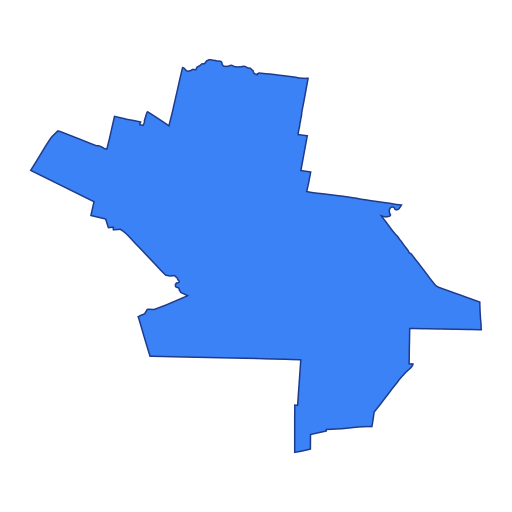 Slobozia Ciorasti, Vrancea, Romania
{"feature_id": "2599482B76113963406220", "entity_name": "Slobozia Ciorasti", "entity_type": "district", "adm_level": 2, "iso_a3": "ROU", "parent_name": "Romania", "parent_adm1": "Vrancea", "projection": "robinson", "projection_center": [27.208, 45.598], "detail": "fine", "context": "isolated", "style": "filled", "palette": "blue", "viewbox_px": 512, "rotation_deg": 0, "n_neighbors": 0, "source": "geoboundaries", "source_scale": "gbopen_adm2", "svg_char_len": 5897}
<svg xmlns="http://www.w3.org/2000/svg" viewBox="0 0 512 512"><path d="M371.9,426.6L373.0,420.1L373.5,416.5L374.1,412.3L374.6,411.5L376.0,409.7L379.4,405.5L380.9,403.6L383.5,400.1L385.1,398.0L388.6,393.5L392.0,388.9L396.2,383.7L397.2,382.5L397.8,381.6L398.6,380.5L399.3,379.5L400.3,378.4L402.1,376.3L403.5,374.9L404.2,374.0L406.0,372.1L408.2,370.1L410.4,368.2L410.7,367.9L411.4,367.1L412.6,365.3L412.7,364.7L413.0,364.1L412.1,363.9L409.2,363.9L409.1,363.0L409.2,359.2L409.3,350.4L409.5,340.7L409.7,328.5L414.3,328.5L422.2,328.7L423.9,328.7L426.3,328.7L434.3,328.9L438.4,329.0L439.0,329.0L442.1,329.0L444.8,329.1L446.8,329.1L452.0,329.2L452.6,329.3L453.4,329.3L454.6,329.2L458.2,329.3L462.8,329.4L465.0,329.4L467.7,329.5L471.7,329.5L474.4,329.6L478.1,329.7L481.3,329.7L481.3,329.4L481.1,328.0L481.1,325.4L480.9,322.9L480.5,318.6L480.2,313.6L480.0,309.9L479.8,303.7L479.8,302.1L470.4,298.7L466.7,297.4L461.9,295.6L458.6,294.4L455.6,293.4L450.4,291.5L445.3,289.7L442.0,288.5L440.1,287.8L438.7,287.3L437.0,286.4L436.4,286.0L434.9,284.7L433.4,282.8L429.4,277.7L426.9,274.3L423.8,270.2L420.8,266.3L417.7,262.2L416.2,260.4L411.7,254.5L410.7,253.5L409.1,252.7L408.2,250.7L406.8,248.8L404.5,245.9L402.3,242.9L401.5,241.6L399.8,239.7L399.2,238.8L397.5,236.3L396.7,235.6L395.7,234.6L392.4,230.6L389.9,227.3L386.7,222.9L383.9,219.3L381.3,215.9L383.7,216.6L386.1,216.9L387.0,216.8L387.7,216.6L389.0,216.4L389.8,216.0L390.3,215.5L390.5,214.9L390.4,214.4L389.8,214.0L389.3,211.2L389.4,209.9L389.7,208.9L390.3,208.0L391.1,207.2L391.9,207.0L393.1,207.1L393.8,207.3L394.4,207.9L394.7,208.8L395.0,209.2L395.6,209.7L396.3,209.8L397.1,209.6L397.7,209.6L398.4,209.2L398.9,208.8L399.4,208.1L400.5,206.6L401.3,205.4L401.5,205.0L396.6,204.5L392.0,203.7L389.4,203.2L383.8,202.5L376.2,201.4L373.9,201.1L370.4,200.6L366.2,199.9L362.4,199.4L360.0,199.0L357.8,198.6L357.4,198.5L357.2,198.3L354.6,198.0L352.5,197.7L348.8,197.1L342.6,196.2L338.9,195.8L332.7,195.0L330.2,194.7L326.5,194.2L321.3,193.6L318.1,193.3L314.5,192.9L310.5,192.3L306.7,191.5L308.7,182.5L310.7,172.0L309.9,171.9L309.3,171.8L300.8,170.5L301.3,168.3L307.0,137.2L307.1,136.5L307.3,135.8L300.0,134.8L298.2,134.6L298.1,134.1L298.2,133.4L298.3,132.7L298.8,129.8L299.3,127.7L299.6,126.2L299.8,124.4L300.1,122.8L300.6,120.2L300.8,118.7L301.2,117.0L301.7,114.2L301.6,113.7L301.6,113.2L302.6,107.8L303.5,103.3L304.5,98.0L308.1,78.3L307.5,78.1L306.1,78.4L305.4,78.4L302.9,78.3L299.6,78.0L297.5,77.7L296.1,77.3L288.5,76.3L282.0,75.5L279.2,75.2L274.2,74.5L271.4,74.2L269.6,73.9L268.6,74.0L268.1,73.9L265.6,73.7L260.9,73.2L258.9,73.0L258.2,73.6L257.8,73.7L257.4,73.7L257.2,74.7L256.0,74.4L254.7,73.7L254.0,73.2L253.6,72.5L253.4,71.9L253.2,71.1L252.8,70.4L251.9,69.8L250.5,68.4L249.7,68.1L248.8,68.1L248.2,68.0L247.4,67.7L246.0,67.0L245.2,66.5L244.1,66.4L243.6,66.2L243.1,66.3L242.4,66.5L241.6,66.6L241.0,66.8L240.3,66.8L239.4,66.8L238.0,67.0L236.8,66.9L235.8,66.9L235.0,66.7L233.9,66.3L233.0,65.9L231.9,65.4L231.3,65.3L230.8,65.3L230.4,65.4L229.3,65.8L228.7,66.1L227.6,66.3L226.4,66.4L224.7,66.3L223.7,66.1L223.3,65.9L222.9,65.4L222.5,64.8L222.2,64.2L222.0,63.9L222.0,63.1L221.9,62.7L221.6,62.1L221.1,61.5L220.5,61.3L219.7,61.1L219.3,61.1L218.6,61.1L218.0,61.1L217.0,61.0L216.2,60.8L215.6,60.6L215.0,60.4L214.3,60.4L213.8,60.4L212.7,60.1L210.5,59.8L209.9,59.7L209.4,59.7L209.0,59.8L208.4,60.0L207.9,60.3L207.4,60.5L207.0,60.7L206.5,61.0L206.2,61.4L205.7,62.1L205.0,63.1L204.6,63.5L204.3,63.7L204.1,63.8L203.6,63.8L203.0,63.8L202.2,63.8L201.7,64.0L200.8,64.9L200.2,65.3L199.8,65.7L199.3,65.9L198.8,66.1L197.9,66.7L197.1,67.1L196.8,67.4L196.6,67.8L196.3,68.7L196.1,69.4L195.7,69.7L195.2,69.8L194.9,69.8L194.3,69.6L193.9,69.5L193.3,69.5L192.8,69.4L192.3,69.5L191.9,69.8L191.3,70.3L191.0,70.5L190.6,70.5L189.4,70.9L188.4,71.2L188.0,71.4L186.8,70.9L185.9,70.2L185.0,69.2L184.1,68.2L183.3,67.8L182.6,67.6L182.3,68.6L182.1,69.5L180.0,78.4L177.2,90.8L177.2,91.1L176.4,94.3L173.4,107.5L172.6,111.1L170.6,119.1L169.4,123.8L169.0,125.8L157.3,118.0L147.7,111.8L147.1,112.2L146.1,115.0L145.4,117.4L144.8,119.3L144.5,120.3L144.4,120.8L144.5,121.5L144.3,122.6L143.7,124.0L143.5,124.5L143.3,125.0L143.0,125.3L142.6,125.3L141.9,125.2L141.2,125.0L140.8,125.0L140.0,124.9L139.7,124.3L140.6,122.0L135.1,120.8L133.2,120.4L131.2,120.1L126.8,119.3L125.1,118.9L124.7,118.7L114.5,116.4L109.3,139.2L108.6,142.0L106.8,149.1L105.2,148.8L104.2,148.5L103.2,147.8L102.0,147.1L100.4,146.4L98.8,145.8L97.6,145.7L96.6,145.7L96.2,145.7L94.7,145.1L90.6,143.5L81.1,139.7L73.0,136.5L65.8,133.7L62.2,132.3L59.2,131.2L57.8,130.9L52.5,136.1L51.5,137.2L50.6,138.4L49.5,140.0L45.6,146.0L38.8,157.3L30.7,170.4L31.5,170.8L94.0,201.7L90.9,215.5L105.6,219.0L108.4,227.7L112.4,227.2L113.4,227.2L113.2,228.8L113.4,229.8L120.5,229.3L121.4,230.2L122.5,230.7L125.9,233.4L127.7,235.2L131.2,238.9L135.5,243.6L141.9,250.2L152.0,260.9L158.7,268.0L160.7,270.2L165.6,275.1L169.7,276.0L174.5,275.6L175.8,276.8L176.1,277.1L176.5,277.3L176.9,277.6L177.3,278.1L177.5,278.7L177.7,279.5L178.0,279.9L178.6,280.4L179.2,281.3L179.2,281.8L179.0,282.2L178.5,282.6L177.1,283.1L176.5,282.9L176.3,283.1L176.1,283.6L175.8,284.0L175.4,284.5L175.4,285.2L175.5,286.1L175.6,286.7L177.4,287.6L178.4,287.8L178.8,288.1L179.2,288.7L179.3,289.3L179.2,289.8L179.3,290.2L179.9,290.7L180.6,292.3L187.7,295.7L165.8,305.1L154.0,309.5L149.3,309.3L148.0,309.2L147.5,309.4L147.0,309.7L146.1,311.4L144.9,313.3L144.0,314.1L142.9,314.6L141.8,314.9L141.1,315.2L138.1,316.8L138.5,317.5L145.0,339.7L150.0,356.2L183.9,357.0L213.2,357.6L227.0,357.9L246.8,358.3L253.6,358.4L259.3,358.6L260.3,358.6L267.3,358.9L273.2,359.0L276.4,359.1L287.0,359.3L290.9,359.5L295.0,359.6L300.8,359.8L298.9,386.9L297.6,405.3L294.8,405.1L294.8,412.3L294.7,415.4L294.7,426.3L294.7,441.2L294.7,452.3L297.3,451.9L300.9,451.3L310.4,449.1L310.5,434.5L326.2,431.0L326.3,429.5L342.3,428.7L358.2,427.0L366.1,426.6L370.9,426.6L371.9,426.6Z" fill="#3b82f6" stroke="#1e3a8a" stroke-width="1.5"/></svg>